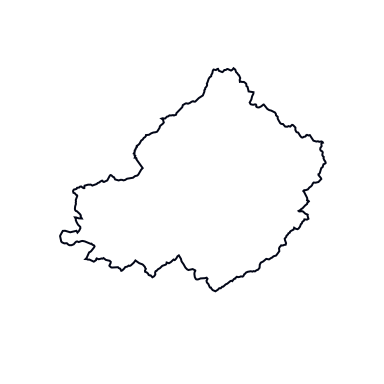 Lauricocha, Huánuco, Peru, rotated 243°
{"feature_id": "86281439B71968127202284", "entity_name": "Lauricocha", "entity_type": "district", "adm_level": 2, "iso_a3": "PER", "parent_name": "Peru", "parent_adm1": "Huánuco", "projection": "orthographic", "projection_center": [-76.689, -10.174], "detail": "fine", "context": "isolated", "style": "outline", "palette": "ink", "viewbox_px": 384, "rotation_deg": 243, "n_neighbors": 0, "source": "geoboundaries", "source_scale": "gbopen_adm2", "svg_char_len": 6019}
<svg xmlns="http://www.w3.org/2000/svg" viewBox="0 0 384 384"><g transform="rotate(243 192 192)"><path d="M271.2,198.2L269.7,199.0L266.7,198.4L266.1,197.1L265.4,193.8L264.8,192.9L264.0,192.4L261.9,188.9L261.6,188.2L261.8,186.7L262.6,184.4L262.8,182.2L262.5,179.7L263.6,176.8L262.8,176.3L262.2,175.0L262.1,173.6L261.1,171.8L260.9,170.1L258.9,167.2L258.3,165.3L258.2,163.7L257.7,163.3L257.3,163.5L257.0,163.2L256.4,161.6L255.4,160.9L255.2,160.0L254.5,159.4L253.8,159.3L252.7,157.6L252.1,158.1L250.7,157.4L250.0,157.9L248.6,156.6L248.3,157.3L247.6,157.7L247.1,157.4L246.9,157.6L246.6,157.4L245.6,157.4L235.7,158.9L235.0,156.9L231.9,152.1L231.5,150.8L232.0,148.4L231.5,145.9L233.3,140.2L233.1,137.8L233.5,136.2L234.4,135.4L235.2,134.1L235.6,131.9L238.1,129.2L240.5,129.2L241.7,128.3L243.1,127.9L244.0,127.3L244.1,126.9L243.6,125.8L240.8,121.8L240.9,118.1L241.5,117.5L242.8,117.3L243.0,116.9L242.9,114.6L242.6,114.0L242.8,112.0L242.4,110.7L243.0,106.1L244.5,105.2L245.7,102.8L246.4,99.2L245.4,98.3L244.4,97.9L244.4,97.5L245.3,96.7L247.3,95.7L247.6,94.5L247.2,93.6L247.9,91.5L247.3,90.7L247.3,89.6L247.8,88.1L247.6,87.4L246.8,86.4L245.1,86.0L244.1,87.0L242.2,87.4L241.5,88.0L240.6,88.0L237.6,84.8L236.2,84.3L235.2,83.5L234.1,83.2L232.3,81.4L230.3,80.1L229.2,79.7L227.9,79.9L227.1,80.7L223.3,82.1L221.7,82.3L220.9,81.7L218.4,81.8L220.0,79.1L221.9,77.2L222.5,76.2L220.7,76.3L219.8,75.7L217.6,75.5L214.6,75.6L211.7,76.6L210.4,76.1L208.7,73.8L207.8,71.5L209.9,71.4L211.4,65.2L215.1,61.3L216.0,59.2L213.0,54.8L212.5,54.4L207.2,53.0L205.9,53.5L204.2,54.9L203.2,57.2L201.1,58.0L200.2,58.7L199.3,60.5L199.1,62.9L200.0,65.0L200.3,66.4L200.1,67.2L198.8,68.4L198.5,71.1L198.0,72.4L196.6,74.1L191.8,78.2L191.6,79.0L190.3,79.3L188.8,80.5L187.8,80.5L187.1,79.6L185.2,75.5L184.9,74.4L184.9,72.9L181.1,68.2L180.6,66.7L179.8,68.0L179.0,68.6L178.4,69.9L174.5,72.9L174.9,75.7L175.8,76.3L176.1,76.9L174.4,78.4L173.8,81.3L173.2,82.1L173.3,83.2L170.6,84.4L168.1,87.4L166.6,87.9L165.6,87.2L164.0,85.0L163.5,84.9L161.6,85.7L161.1,86.2L158.6,91.9L157.5,92.2L156.3,93.2L153.9,93.2L153.8,94.3L154.6,96.9L155.4,98.4L154.9,100.6L155.2,102.1L154.4,103.0L154.4,104.3L155.5,108.2L156.7,110.5L152.5,112.7L150.0,115.0L149.1,115.4L146.7,116.0L145.4,115.8L144.5,116.0L143.3,114.4L142.2,114.0L141.0,115.1L139.2,115.8L137.8,115.7L136.9,116.4L136.5,117.3L134.0,118.0L134.1,120.0L135.1,121.8L137.2,122.7L138.0,123.7L137.8,124.5L138.6,126.6L138.7,128.9L139.7,132.0L139.2,135.7L139.5,136.4L140.7,137.4L139.0,139.1L139.1,141.1L140.2,144.9L139.2,145.6L139.2,145.9L139.9,147.8L141.3,149.9L141.5,151.5L137.5,151.8L134.9,151.2L131.3,151.7L127.7,151.8L125.4,152.5L124.1,153.4L123.0,157.6L120.7,159.3L120.3,159.2L119.4,157.9L117.9,156.9L115.0,155.9L112.8,155.9L112.2,156.2L111.6,157.1L111.3,158.1L111.1,160.4L109.4,164.3L109.0,166.1L107.6,166.4L106.3,164.6L104.6,164.2L102.6,164.8L99.1,164.6L98.7,164.7L98.2,165.5L97.3,165.4L95.2,165.9L92.9,167.8L93.2,170.7L93.9,172.6L93.2,173.9L93.9,175.9L93.5,176.9L94.4,180.1L94.3,181.8L95.2,185.8L95.0,186.9L94.3,187.4L95.4,189.8L95.2,191.3L95.7,191.6L96.1,193.5L95.2,194.4L94.7,196.0L94.6,197.3L93.6,198.7L94.0,200.0L95.0,201.2L95.0,201.9L95.7,203.6L95.6,205.4L94.7,208.4L93.6,209.8L93.6,210.8L92.7,212.0L93.0,214.0L92.8,215.6L93.8,217.8L96.5,219.4L97.8,221.2L97.8,224.0L98.7,227.8L97.0,230.0L97.3,232.9L97.2,233.6L97.7,235.4L97.2,238.1L99.6,242.9L102.3,244.0L103.3,245.4L103.5,246.4L104.0,247.2L103.1,248.7L103.0,250.3L102.5,251.5L103.7,252.6L106.9,253.0L108.3,253.4L109.3,255.7L110.1,256.3L110.7,258.4L111.4,259.1L111.4,260.7L112.1,261.3L112.4,262.6L112.4,265.4L113.8,266.8L112.2,267.7L111.3,268.7L111.0,269.0L111.0,270.2L112.1,272.5L113.9,274.4L114.1,275.5L115.3,276.8L115.7,278.8L116.6,279.7L115.2,281.9L115.3,283.6L118.0,284.1L118.8,284.3L119.2,284.8L119.5,284.7L121.1,283.2L124.1,282.1L124.9,281.4L126.0,278.7L126.7,278.4L126.8,280.6L127.2,281.5L127.3,283.1L128.6,286.6L129.1,289.1L129.9,289.7L130.6,291.9L131.3,291.8L131.9,290.9L132.4,290.7L133.3,291.5L134.6,291.9L141.1,291.9L142.3,291.6L142.7,292.8L142.1,293.9L141.7,296.4L142.7,298.6L143.0,300.7L143.5,301.9L144.8,303.6L145.2,304.7L144.2,306.3L143.5,309.2L144.9,313.1L146.0,313.2L149.6,312.4L150.4,312.7L150.4,313.6L150.9,314.5L154.6,318.0L154.9,319.7L157.0,321.7L156.9,323.4L157.2,324.3L158.6,324.6L160.6,324.3L162.4,324.5L163.4,325.3L164.5,324.9L165.8,324.9L168.0,326.5L169.0,326.5L170.5,325.5L171.8,325.6L173.0,326.4L174.0,328.3L176.2,329.1L176.7,329.9L176.5,331.0L177.3,331.0L178.2,330.4L179.0,328.1L180.0,327.3L180.5,325.7L182.6,323.5L189.2,322.8L189.5,321.4L190.7,320.4L190.7,319.4L190.1,318.7L190.0,317.9L190.4,316.7L190.3,315.3L191.0,314.4L192.7,313.9L196.7,313.6L197.7,312.5L198.5,312.2L200.4,312.3L202.5,313.4L205.1,312.6L206.0,312.2L206.4,311.6L205.7,309.2L206.9,307.9L206.9,306.5L208.0,304.7L211.3,303.9L211.7,303.1L212.4,302.3L213.2,301.9L216.5,301.7L218.5,301.7L220.1,302.5L222.1,301.7L223.7,302.2L225.2,302.0L228.6,299.5L230.0,297.9L231.0,297.4L231.5,296.9L237.3,295.7L237.5,295.4L236.9,292.6L236.9,290.4L237.3,289.3L238.1,288.4L239.0,288.0L240.2,288.7L241.0,288.6L241.5,287.9L241.8,286.5L242.4,285.4L243.6,284.1L245.5,284.0L247.5,286.9L250.0,289.0L251.7,291.3L253.0,292.1L255.9,288.1L260.4,289.2L261.7,288.6L263.7,289.4L264.8,289.1L266.5,288.2L267.4,286.4L268.1,285.8L268.4,284.7L270.3,285.4L271.6,286.7L274.7,286.9L275.6,286.4L277.2,286.3L278.8,285.7L281.4,286.1L283.4,285.2L282.6,283.5L282.5,281.9L285.4,279.6L285.6,278.8L285.4,277.5L286.0,276.2L285.2,274.5L285.1,273.4L287.8,271.0L289.9,271.1L290.1,270.5L289.8,268.7L291.3,266.8L290.7,265.7L288.5,263.9L287.6,262.4L286.4,261.6L286.2,259.9L285.3,258.3L282.6,255.5L281.8,254.4L280.5,254.1L279.9,253.5L279.4,252.8L278.6,250.9L277.5,250.3L277.1,249.2L275.8,248.6L273.1,245.5L272.6,240.7L271.1,236.0L271.5,234.9L272.4,234.2L272.6,232.6L272.3,230.4L272.5,228.5L273.4,227.5L273.8,226.5L273.6,223.3L272.0,221.8L269.3,213.9L268.1,212.9L268.4,210.6L269.1,210.1L269.7,208.1L270.5,206.7L270.2,205.1L270.5,203.9L269.7,201.4L270.0,200.7L271.0,199.4L271.2,198.2Z" fill="none" stroke="#020617" stroke-width="2"/></g></svg>